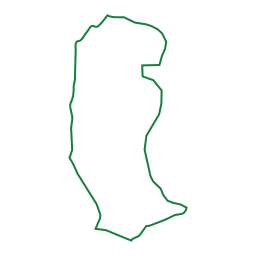 SVG path tracing the border of Tashi Yangtse
{"feature_id": "BTN-2484", "entity_name": "Tashi Yangtse", "entity_type": "District", "adm_level": 1, "iso_a3": "BTN", "parent_name": "Bhutan", "parent_adm1": "", "projection": "equal_earth", "projection_center": [91.488, 27.679], "detail": "fine", "context": "isolated", "style": "outline", "palette": "green", "viewbox_px": 256, "rotation_deg": 0, "n_neighbors": 0, "source": "natural_earth", "source_scale": "10m", "svg_char_len": 994}
<svg xmlns="http://www.w3.org/2000/svg" viewBox="0 0 256 256"><path d="M107.4,15.4L110.1,16.5L114.1,17.2L124.0,17.3L134.9,22.6L146.0,24.3L152.0,26.3L157.7,29.4L162.1,33.4L166.2,41.7L165.1,48.8L161.9,56.0L159.5,65.0L142.2,65.4L142.6,76.4L153.3,80.2L161.6,90.4L161.4,103.5L159.1,114.4L146.4,135.7L144.6,149.6L150.5,176.2L153.1,181.4L160.8,188.8L163.2,194.9L167.5,200.7L173.7,203.0L180.4,204.4L186.5,207.6L186.4,208.3L185.7,210.3L184.2,212.6L182.1,213.8L174.7,215.1L165.3,219.7L149.3,225.8L146.2,226.1L140.0,234.8L138.8,236.0L132.2,239.1L131.3,240.6L106.0,230.2L95.5,228.8L99.9,218.7L100.4,215.5L100.1,214.1L96.7,204.3L77.8,174.1L72.9,163.5L69.5,157.8L72.2,150.0L71.1,128.0L72.3,119.2L72.2,116.4L70.4,108.1L70.1,105.5L70.7,102.9L71.8,100.3L73.1,96.1L73.7,90.0L73.7,86.0L74.9,79.8L75.7,49.7L75.5,45.5L75.8,43.4L76.6,41.7L77.8,41.2L79.1,41.0L80.3,40.5L81.7,39.3L90.4,27.0L91.9,25.9L93.2,26.0L95.9,26.9L97.2,26.7L98.6,25.9L102.6,21.6L107.4,15.4Z" fill="none" stroke="#15803d" stroke-width="2"/></svg>